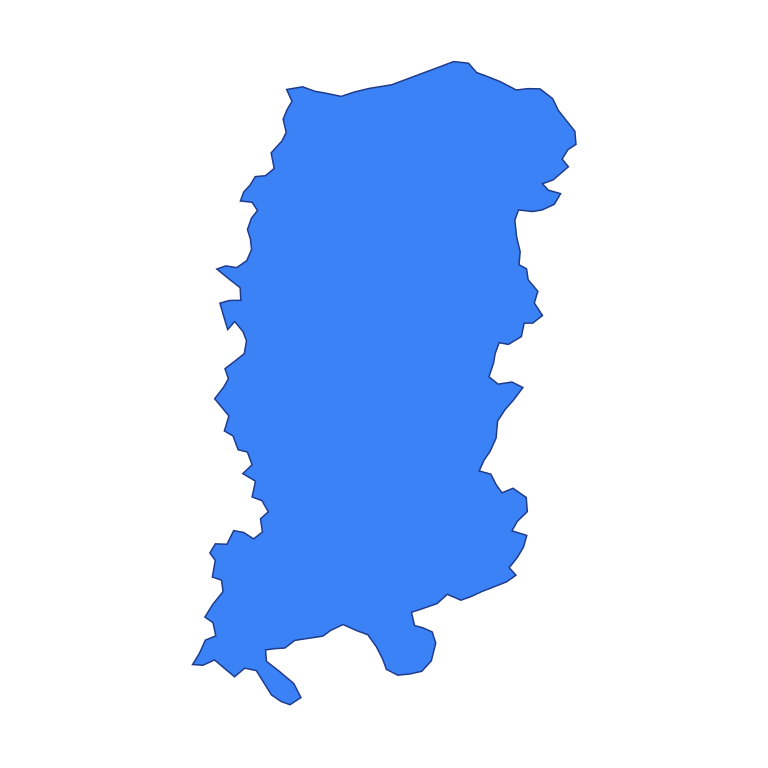 outline of Selbach, Rio Grande do Sul, Brazil, rotated 4°
{"feature_id": "56859067B5172394452496", "entity_name": "Selbach", "entity_type": "district", "adm_level": 2, "iso_a3": "BRA", "parent_name": "Brazil", "parent_adm1": "Rio Grande do Sul", "projection": "mercator", "projection_center": [-52.981, -28.675], "detail": "fine", "context": "isolated", "style": "filled", "palette": "blue", "viewbox_px": 768, "rotation_deg": 4, "n_neighbors": 0, "source": "geoboundaries", "source_scale": "gbopen_adm2", "svg_char_len": 2359}
<svg xmlns="http://www.w3.org/2000/svg" viewBox="0 0 768 768"><g transform="rotate(4 384 384)"><path d="M452.3,599.3L461.8,589.4L475.8,594.3L485.6,590.0L495.9,584.3L507.7,578.7L520.1,572.8L529.0,565.5L521.7,558.5L529.2,547.6L534.5,537.0L537.0,525.1L521.9,521.5L526.5,511.8L535.9,501.3L533.8,487.3L520.0,479.0L509.2,484.3L502.8,476.4L496.9,466.5L485.0,464.1L489.1,453.0L494.6,443.7L499.6,430.1L499.9,413.1L506.5,401.2L514.5,390.7L522.8,377.8L511.5,373.1L497.8,376.2L488.2,369.5L491.8,355.6L492.8,345.7L496.0,334.8L505.4,335.8L517.7,327.1L519.6,313.5L528.1,312.9L537.3,304.6L528.3,292.7L531.0,280.8L520.5,269.9L518.2,259.2L510.4,255.6L510.6,242.6L506.0,227.9L503.1,211.5L506.0,201.0L520.0,201.6L529.5,199.4L541.4,192.8L546.9,181.8L534.5,179.2L528.1,173.2L538.6,168.5L552.8,154.4L546.0,147.1L551.3,137.2L558.8,131.6L556.8,118.6L545.9,106.7L538.8,98.9L532.4,87.6L519.1,78.7L506.9,79.3L495.5,81.5L478.7,74.2L465.5,70.0L454.6,66.8L445.9,58.1L431.0,57.5L370.9,84.9L362.2,87.0L348.5,90.2L334.0,94.8L321.2,100.1L306.7,98.1L294.5,96.8L282.1,93.2L266.3,97.0L272.5,108.4L268.1,117.2L264.9,126.9L268.9,139.8L265.2,148.7L255.3,161.3L259.4,176.6L251.2,184.5L241.1,186.1L236.5,195.0L230.7,202.2L228.0,211.5L239.7,211.9L245.7,219.8L240.2,227.9L237.0,239.4L240.6,248.7L242.5,259.0L238.5,270.5L228.9,278.2L217.9,277.2L209.2,281.0L220.7,289.1L233.8,298.0L235.3,310.5L223.7,311.5L214.7,314.8L219.0,326.7L224.3,340.6L230.7,332.1L239.7,341.6L243.8,350.5L242.5,363.4L233.0,372.1L224.3,379.8L228.4,389.7L224.3,398.2L216.1,410.5L231.5,426.7L228.0,442.0L237.0,446.3L243.1,459.8L252.5,461.4L258.0,473.8L249.4,483.3L262.6,489.9L260.3,505.9L270.4,508.9L277.5,519.5L270.2,527.1L273.0,540.1L264.7,547.6L254.4,541.9L244.3,540.7L238.5,554.8L226.9,555.2L222.1,564.7L228.0,571.8L226.2,588.6L235.6,591.0L237.9,602.3L228.5,615.9L221.6,629.0L230.1,634.1L233.8,647.0L223.7,651.9L218.8,665.2L212.6,677.2L223.0,677.2L234.2,671.1L244.7,678.8L255.3,686.5L264.9,677.2L276.6,678.8L293.4,702.0L303.5,707.9L312.6,710.5L323.0,702.6L314.9,689.1L299.4,677.8L286.1,668.9L284.4,657.5L294.3,655.5L303.5,654.3L312.9,646.0L340.7,639.7L348.0,633.5L359.9,626.8L374.4,632.1L385.4,635.3L395.0,647.0L402.1,659.0L406.3,668.5L418.0,673.5L429.9,671.5L441.8,667.9L450.5,656.9L453.7,638.9L449.4,628.0L439.5,624.4L431.3,622.8L427.3,609.8L440.9,604.2L452.3,599.3Z" fill="#3b82f6" stroke="#1e3a8a" stroke-width="1.5"/></g></svg>